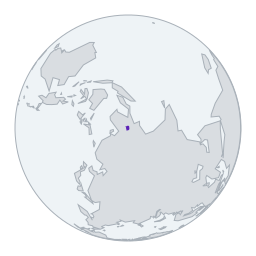 Nan highlighted on a globe, orthographic projection, rotated 173°
{"feature_id": "THA-393", "entity_name": "Nan", "entity_type": "Province", "adm_level": 1, "iso_a3": "THA", "parent_name": "Thailand", "parent_adm1": "", "projection": "orthographic", "projection_center": [100.668, 18.812], "detail": "fine", "context": "on_globe", "style": "filled", "palette": "violet", "viewbox_px": 256, "rotation_deg": 173, "n_neighbors": 0, "source": "natural_earth", "source_scale": "10m", "svg_char_len": 10549}
<svg xmlns="http://www.w3.org/2000/svg" viewBox="0 0 256 256"><g transform="rotate(173 128 128)"><circle cx="128" cy="128" r="113" fill="#eef3f6" stroke="#a8b0b8"/><path d="M234.4,164.0L234.2,164.7L234.1,164.8L234.4,164.0ZM176.9,26.5L178.7,28.2L183.0,30.8L179.3,28.9L189.9,35.8L193.4,39.6L187.2,34.1L184.8,32.7L186.1,34.5L183.9,33.5L183.3,34.0L180.6,32.7L177.2,30.0L175.4,29.2L176.4,30.6L174.4,30.5L173.2,28.5L169.5,28.3L163.1,24.4L162.1,21.4L156.3,19.5L150.5,17.6L159.6,19.9L168.4,22.8L176.9,26.5ZM139.1,15.9L138.7,15.9L136.9,15.7L136.3,15.7L139.1,15.9ZM186.6,33.2L185.7,32.2L187.3,33.5L186.6,33.2ZM183.7,34.2L184.7,34.9L183.9,34.9L183.7,34.2ZM179.2,33.1L177.7,33.0L178.6,32.6L179.2,33.1ZM176.5,32.7L173.0,32.9L174.8,34.2L167.7,30.9L173.0,31.6L173.9,30.8L174.7,31.9L176.5,32.7ZM142.2,16.3L151.0,17.8L151.8,18.0L148.7,17.4L150.9,18.1L146.9,17.4L144.8,16.9L145.1,16.8L143.3,16.7L142.2,16.3ZM164.4,29.2L163.0,29.0L163.8,28.7L164.4,29.2ZM138.6,15.9L140.3,16.1L141.1,16.3L137.8,16.0L138.6,16.0L138.6,15.9ZM153.5,18.7L153.5,18.9L150.2,18.4L149.8,18.5L146.9,17.4L153.5,18.7ZM137.5,15.9L136.1,15.9L134.1,15.7L137.0,15.8L137.5,15.9ZM142.7,16.5L142.9,16.6L141.7,16.4L142.7,16.5ZM126.2,15.4L128.3,15.4L128.8,15.5L126.2,15.4ZM135.7,15.9L136.3,16.0L136.8,16.0L135.5,16.0L135.7,15.9ZM144.8,17.3L143.5,17.1L145.8,17.6L143.5,17.5L142.0,16.9L141.7,17.1L141.0,17.0L140.5,16.6L144.8,17.3ZM135.5,16.3L132.8,15.8L128.9,15.7L128.3,15.6L134.7,15.8L135.5,16.3ZM138.5,16.5L136.5,16.3L136.7,16.2L138.3,16.2L138.5,16.5ZM142.5,17.6L146.4,18.0L146.6,18.2L142.5,17.6ZM134.3,16.3L135.0,16.5L134.0,16.3L134.3,16.3ZM139.9,17.2L141.3,17.3L141.5,17.4L139.9,17.2ZM135.2,16.8L134.3,16.5L135.3,16.5L135.2,16.8ZM137.3,17.0L137.2,17.2L136.2,16.6L137.9,17.0L137.3,17.0ZM139.8,17.3L140.4,17.4L139.2,17.3L139.8,17.3ZM131.9,17.2L130.4,16.5L132.6,16.4L133.8,17.0L131.9,17.2ZM38.9,59.1L38.2,60.0L38.5,62.7L37.9,64.2L34.4,68.5L31.8,78.9L35.1,75.9L36.2,83.1L39.2,85.4L46.4,76.9L41.6,72.8L44.2,67.7L50.9,67.1L55.6,71.3L56.8,69.4L56.7,63.5L60.8,61.4L57.0,61.3L56.4,63.6L54.0,63.7L54.5,61.7L55.9,60.9L55.3,59.1L48.7,63.7L47.3,66.5L43.9,64.8L41.2,69.5L39.3,70.7L43.0,63.3L44.9,61.2L49.5,52.7L47.1,54.7L42.7,63.0L42.8,61.8L39.6,65.1L42.1,61.7L47.5,52.6L46.4,51.7L39.9,57.9L40.1,57.5L50.3,46.5L48.8,48.4L51.4,46.1L56.3,41.6L55.3,42.9L57.0,41.5L56.7,42.4L60.7,40.5L61.1,41.3L66.9,37.7L67.9,37.8L64.2,39.8L61.8,41.8L63.3,44.6L64.8,44.3L68.4,41.9L68.4,43.2L71.7,40.5L74.6,41.4L73.9,38.3L78.1,35.9L82.2,35.2L83.4,34.0L76.8,35.3L74.3,36.4L72.4,38.1L65.4,41.3L64.0,41.1L70.8,36.1L69.5,35.4L75.3,32.2L89.6,29.8L93.4,30.6L90.8,36.6L87.4,37.5L86.7,35.6L83.5,39.4L85.6,38.1L85.6,39.3L89.6,37.8L89.8,38.6L93.4,35.9L94.1,36.8L91.8,38.5L98.3,37.5L100.8,39.1L102.2,38.6L103.0,37.5L105.6,40.6L106.5,40.0L106.0,38.8L107.5,37.0L111.2,35.1L111.9,36.3L110.7,37.1L109.2,40.8L105.8,43.1L106.5,43.4L109.6,41.7L111.4,37.2L113.4,35.8L113.0,37.8L113.3,36.9L114.5,36.6L116.4,37.5L117.1,35.3L129.5,31.5L134.4,33.3L132.7,35.2L142.1,34.9L146.9,37.6L146.4,36.3L150.6,35.8L149.2,34.9L149.3,34.3L159.4,33.5L162.4,34.5L166.2,33.4L165.9,32.9L164.0,32.0L167.7,30.9L174.8,34.2L175.0,35.2L179.3,36.9L179.1,39.2L181.0,42.1L178.3,44.1L180.0,46.5L181.5,46.9L185.0,50.8L186.8,57.9L178.7,50.2L174.6,40.8L175.7,44.2L173.5,43.0L172.7,44.1L173.6,46.8L175.0,47.3L166.4,50.6L164.8,58.2L169.7,58.0L173.0,60.6L175.4,70.8L167.1,84.7L171.5,89.6L171.9,92.9L168.5,94.8L167.8,90.1L164.1,88.3L164.2,85.6L158.5,87.5L158.5,83.7L154.1,87.5L156.0,90.6L161.0,90.0L157.3,95.2L162.7,100.8L163.6,107.4L155.3,119.0L146.4,122.4L145.9,124.5L142.3,122.0L137.6,126.0L144.5,138.2L144.4,141.6L136.7,147.9L136.5,145.3L126.9,138.6L125.2,146.7L132.5,153.9L135.0,161.8L129.4,159.1L126.9,152.1L123.5,149.5L124.3,142.4L121.4,131.6L115.8,133.2L116.2,129.0L111.3,119.8L103.2,121.8L90.3,131.5L88.6,142.2L84.2,146.3L78.6,129.7L78.7,119.0L75.1,119.3L70.7,109.3L58.5,105.5L58.2,102.5L55.5,103.1L52.7,99.2L52.8,94.4L50.4,93.8L50.5,106.4L53.2,107.2L57.5,103.9L56.9,108.1L59.8,112.9L51.4,120.8L35.6,123.9L36.5,115.6L37.2,90.9L38.5,88.8L38.6,88.5L38.8,88.0L36.3,91.2L37.3,86.6L34.3,102.9L32.7,109.5L35.4,124.3L34.5,125.2L36.1,128.6L44.2,128.8L43.7,131.4L38.4,142.0L29.4,154.0L32.0,165.7L33.7,174.7L31.3,178.1L34.7,185.5L33.9,186.5L35.9,190.4L37.1,193.5L37.8,195.4L37.2,194.6L32.4,187.5L28.1,180.1L24.5,172.4L21.4,164.4L18.9,156.2L17.1,147.8L15.9,139.3L15.4,130.8L15.5,122.2L15.5,121.7L15.6,120.8L16.4,112.4L17.9,104.2L20.0,96.1L22.6,88.2L25.9,80.5L29.7,73.1L34.0,65.9L38.9,59.1ZM58.2,80.9L62.7,83.4L65.0,76.7L66.9,77.2L67.0,74.9L65.1,76.2L65.9,70.2L69.4,69.5L71.1,66.9L69.7,66.0L63.1,68.3L61.9,76.8L59.0,78.7L58.2,80.9ZM66.8,34.0L65.3,35.2L63.3,36.4L62.8,36.3L65.7,34.4L66.8,34.0ZM63.6,36.7L70.5,32.3L71.0,32.5L69.6,33.1L69.2,33.6L66.8,34.8L60.6,39.7L58.5,41.2L58.8,39.5L59.9,39.1L61.3,37.8L63.6,36.7ZM86.9,23.4L89.9,22.3L87.3,24.1L84.8,25.0L84.2,24.6L86.7,23.4L86.9,23.4ZM134.2,15.5L134.5,15.6L133.0,15.6L131.6,15.5L131.8,15.5L129.6,15.5L128.9,15.4L127.1,15.4L123.3,15.5L134.2,15.5ZM109.5,16.9L111.6,16.6L112.4,16.5L110.4,16.8L113.9,16.3L114.0,16.4L118.0,16.3L122.9,15.9L124.5,16.0L122.6,16.2L125.5,16.2L123.1,16.7L124.2,16.8L122.9,17.6L118.7,18.2L120.2,18.3L119.3,19.2L115.8,19.8L116.7,19.0L112.3,20.5L111.5,19.8L111.0,20.0L109.0,19.8L105.8,20.1L106.0,19.8L104.7,20.1L103.4,20.1L101.6,20.4L101.2,20.0L99.1,20.4L100.2,20.0L96.5,20.9L99.1,20.1L97.6,20.3L95.9,21.0L98.0,19.4L109.5,16.9ZM131.4,17.4L126.5,17.9L123.7,17.8L127.1,16.5L126.5,16.3L128.6,15.8L132.6,16.0L131.7,16.1L130.4,16.1L131.4,16.3L130.1,16.5L130.5,16.8L128.8,16.8L131.4,17.4ZM39.4,63.1L39.4,63.8L39.8,64.4L37.9,66.7L39.4,63.1ZM43.0,56.9L43.3,57.1L40.7,60.2L40.7,59.6L43.0,56.9ZM45.7,54.7L43.5,56.8L44.7,55.3L45.7,54.7ZM64.7,39.9L65.2,40.1L64.4,40.7L63.1,41.4L64.7,39.9ZM102.5,25.1L103.4,24.4L104.1,24.3L107.8,23.1L108.7,23.7L106.8,24.7L102.5,25.1ZM44.3,77.8L42.2,78.9L42.3,77.6L43.0,77.5L44.3,77.8ZM38.9,72.4L39.1,74.8L38.3,73.0L38.9,72.4ZM104.0,25.5L105.4,24.9L105.0,25.6L104.0,25.5ZM109.5,24.1L109.4,24.8L109.2,23.6L109.5,24.1ZM88.8,228.4L91.2,229.6L89.5,229.3L88.8,228.4ZM44.5,178.4L45.8,192.5L42.7,191.2L40.0,186.2L38.1,177.2L41.0,176.0L41.8,172.4L44.5,178.4ZM162.9,179.7L166.1,180.1L166.0,180.5L162.9,179.7ZM159.5,178.1L163.3,178.2L158.8,179.2L159.5,178.1ZM164.7,178.2L168.5,177.2L170.2,176.3L169.9,177.3L164.7,178.2ZM156.9,178.2L142.8,178.1L137.2,176.7L138.5,174.9L147.6,175.5L156.9,178.2ZM138.1,174.9L129.4,169.5L117.5,153.8L121.8,154.4L134.2,164.1L133.4,165.6L138.7,169.8L138.1,174.9ZM158.8,165.7L158.0,170.4L150.2,170.0L146.7,169.2L144.2,163.2L145.6,160.1L148.5,160.3L159.7,149.7L163.6,152.2L160.2,156.7L163.4,160.8L158.8,165.7ZM89.1,143.3L91.5,150.1L89.1,150.8L89.1,143.3ZM164.1,142.2L159.7,146.9L163.7,140.7L164.1,142.2ZM166.4,136.3L166.7,138.7L164.8,136.4L166.4,136.3ZM145.9,127.8L142.8,128.3L142.7,126.6L146.6,125.0L145.9,127.8ZM164.2,113.1L164.4,118.1L163.9,119.7L162.4,116.8L164.2,113.1ZM113.6,31.7L107.5,32.6L103.8,34.1L102.6,36.1L101.7,33.9L107.5,31.6L113.6,31.7ZM127.5,31.3L128.5,29.9L129.8,30.5L129.8,30.9L127.5,31.3ZM126.9,30.5L124.9,28.9L126.6,28.1L127.8,29.5L126.9,30.5ZM114.2,26.6L112.4,26.8L112.8,26.1L114.2,26.6ZM201.3,213.5L199.2,215.2L208.6,206.6L201.3,213.5ZM186.1,220.0L187.4,217.3L190.9,216.3L188.3,219.0L186.1,220.0ZM210.8,204.4L211.2,204.0L214.1,200.7L216.5,197.4L214.5,200.1L210.8,204.4ZM177.0,210.3L155.5,217.6L151.1,217.0L152.9,214.5L150.2,206.8L151.7,206.9L151.5,201.5L164.6,196.0L174.2,186.1L180.7,186.2L186.1,178.9L192.5,178.7L190.1,184.4L196.3,187.1L201.8,174.3L204.3,186.6L207.8,190.2L207.2,197.6L195.8,211.6L190.6,214.9L190.2,214.0L187.8,215.5L185.0,215.6L184.6,212.0L182.3,213.5L185.1,210.2L181.4,213.3L180.5,211.0L177.0,210.3ZM222.5,179.9L223.1,180.0L223.6,181.7L222.7,181.8L222.5,179.9ZM232.7,167.6L232.7,168.5L232.2,169.2L232.7,167.6ZM234.1,164.8L233.5,165.8L234.4,164.0L234.1,164.8ZM227.4,171.1L227.6,171.7L227.3,172.1L227.4,171.1ZM227.2,171.0L227.8,169.5L227.5,170.8L227.2,171.0ZM224.8,165.3L225.3,164.5L225.4,164.9L224.8,165.3ZM170.9,179.9L175.6,176.1L178.0,175.7L170.9,179.9ZM224.3,164.1L223.2,164.3L223.3,163.6L224.3,164.1ZM224.5,162.4L224.4,161.4L225.0,163.5L224.5,162.4ZM222.4,160.8L223.7,162.2L222.2,161.1L222.4,160.8ZM221.6,161.3L220.5,160.8L220.6,160.5L221.6,161.3ZM208.9,165.4L212.8,170.5L209.4,171.0L205.7,168.0L202.3,171.9L195.0,172.3L196.8,170.0L195.9,166.8L188.1,166.3L186.5,164.2L189.3,162.6L184.1,161.2L189.9,159.8L192.2,164.0L195.4,160.3L200.8,160.5L206.0,161.3L209.9,163.9L208.9,165.4ZM189.7,169.5L190.7,169.5L189.8,170.9L189.7,169.5ZM218.6,158.9L220.1,160.7L219.9,161.2L219.1,161.1L218.6,158.9ZM210.8,163.0L215.1,158.6L216.1,158.5L213.2,163.1L210.8,163.0ZM214.2,156.4L216.1,156.6L217.1,158.4L216.6,159.1L214.2,156.4ZM177.9,166.3L177.6,167.6L176.1,166.7L177.9,166.3ZM179.9,165.5L184.5,166.5L179.5,166.6L179.9,165.5ZM165.6,161.8L167.0,164.7L171.4,162.7L168.1,165.5L171.0,170.2L169.9,172.0L167.0,166.9L165.9,172.3L164.0,172.3L163.0,167.7L165.0,162.0L166.9,159.6L174.8,158.4L165.6,161.8ZM179.9,161.9L178.7,158.6L179.6,156.2L180.9,158.0L179.9,161.9ZM174.9,150.5L171.5,146.6L168.5,148.2L174.5,142.4L176.8,147.1L174.9,150.5ZM171.9,141.8L169.1,143.3L171.9,139.9L171.9,141.8ZM168.3,142.0L167.9,139.2L170.1,139.5L168.3,142.0ZM173.3,141.9L173.7,137.1L174.9,139.9L173.3,141.9ZM166.7,133.0L171.7,137.4L165.3,135.6L164.6,126.5L167.3,126.2L166.7,133.0ZM178.7,96.2L177.8,93.7L180.1,93.1L180.1,94.9L178.7,96.2ZM186.7,89.5L180.4,92.1L175.2,94.6L177.0,95.7L176.3,100.0L173.3,96.1L176.6,91.3L180.6,90.3L180.7,86.7L183.4,84.3L182.1,80.0L183.1,78.2L185.5,81.8L186.7,89.5ZM181.4,78.3L180.1,71.0L184.6,71.9L185.9,73.7L184.6,76.6L182.3,75.9L181.4,78.3ZM181.1,69.6L178.8,69.0L172.2,58.9L171.9,57.1L179.3,64.7L177.6,64.6L178.5,67.1L181.1,69.6ZM163.7,29.6L163.1,29.0L164.3,29.5L163.7,29.6ZM148.4,33.9L148.7,33.2L150.2,33.6L148.4,33.9ZM150.4,31.5L148.5,31.4L150.2,31.0L150.4,31.5ZM144.4,31.6L147.7,31.2L145.0,32.3L144.4,31.6Z" fill="#d9dde1" stroke="#a8b0b8" stroke-width="1"/><path d="M128.4,126.4L128.6,126.4L128.7,126.5L128.8,126.5L129.0,126.5L128.9,126.8L129.0,127.0L129.0,127.3L129.2,127.5L129.1,127.8L129.0,128.0L129.1,128.3L128.9,128.4L128.9,128.5L128.7,128.7L128.7,128.8L128.8,128.9L128.7,128.9L128.6,129.0L128.4,129.1L128.5,129.2L128.4,129.2L128.4,129.3L128.3,129.5L128.2,129.5L127.9,129.5L127.7,129.5L127.5,129.4L127.6,129.2L127.7,128.9L127.8,128.8L127.8,128.7L127.7,128.7L127.5,128.4L127.4,128.3L127.4,128.2L127.5,128.2L127.4,128.1L127.4,127.9L127.5,127.8L127.5,127.7L127.8,127.6L127.8,127.4L127.9,127.2L127.8,126.9L127.8,127.0L127.7,126.9L127.8,126.8L127.8,126.7L128.1,126.6L128.3,126.6L128.4,126.4L128.4,126.4Z" fill="#8b5cf6" stroke="#5b21b6" stroke-width="1.5"/></g></svg>